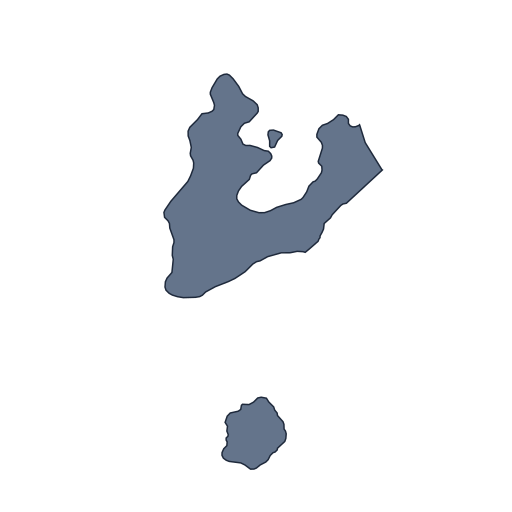 Rabaul District, East New Britain, Papua New Guinea (Albers equal-area conic projection), rotated 225°
{"feature_id": "67681753B57084390213157", "entity_name": "Rabaul District", "entity_type": "district", "adm_level": 2, "iso_a3": "PNG", "parent_name": "Papua New Guinea", "parent_adm1": "East New Britain", "projection": "albers", "projection_center": [152.151, -4.184], "detail": "fine", "context": "isolated", "style": "filled", "palette": "slate", "viewbox_px": 512, "rotation_deg": 225, "n_neighbors": 0, "source": "geoboundaries", "source_scale": "gbopen_adm2", "svg_char_len": 2974}
<svg xmlns="http://www.w3.org/2000/svg" viewBox="0 0 512 512"><g transform="rotate(225 256 256)"><path d="M275.6,422.0L275.6,421.0L277.1,417.6L279.0,415.6L281.5,414.6L284.4,415.1L287.3,418.0L290.8,418.5L294.2,417.0L297.6,414.1L297.6,407.2L299.1,400.3L301.5,395.4L301.5,390.5L299.0,385.1L297.0,383.1L290.2,382.6L287.2,381.2L285.3,379.2L278.9,366.9L277.4,366.0L273.0,366.0L270.1,363.5L268.6,361.1L267.1,353.7L267.1,350.7L268.1,348.8L268.0,342.9L265.5,337.2L264.1,330.6L264.1,328.1L267.0,320.3L271.4,313.4L275.8,305.0L277.7,298.6L277.8,298.3L278.6,296.7L280.6,292.7L280.9,292.4L284.5,288.7L292.4,284.3L302.1,281.8L306.5,281.8L310.0,282.8L312.4,285.2L314.4,289.6L315.4,295.0L314.9,305.4L316.9,309.3L316.9,311.3L314.5,315.2L315.0,325.5L313.5,333.4L313.8,334.7L314.1,336.3L315.5,337.8L318.0,338.8L321.4,338.8L324.8,336.3L331.7,333.8L338.5,329.9L339.3,329.0L341.4,326.9L344.4,325.9L345.1,326.2L349.3,327.9L354.2,328.4L355.6,329.8L358.1,336.7L358.1,341.6L355.7,346.1L356.2,357.9L356.7,359.8L359.2,362.3L362.1,363.8L367.5,363.7L376.3,361.3L380.2,361.2L388.1,363.7L397.4,365.1L402.7,365.1L405.2,364.1L407.1,361.7L408.6,357.7L408.6,353.8L406.1,344.0L404.1,339.5L402.7,338.1L394.3,334.6L391.9,333.2L389.4,329.7L389.4,327.3L390.9,323.4L394.8,318.4L393.8,311.0L393.8,300.2L392.3,296.3L388.8,292.9L384.4,290.9L378.5,287.0L375.1,282.1L373.1,280.6L368.2,279.2L365.8,277.7L362.3,273.8L358.9,266.4L356.9,260.5L354.9,234.5L352.9,224.1L351.9,221.7L348.0,218.7L343.1,218.7L340.2,217.8L336.7,214.8L334.6,213.8L325.5,209.5L323.5,207.5L321.5,203.6L315.6,197.2L312.2,195.2L303.8,184.9L303.3,177.6L301.8,173.6L301.4,173.2L298.4,169.7L295.5,168.2L291.1,168.2L287.6,169.2L282.8,171.7L277.9,175.2L269.6,184.0L267.1,187.5L266.2,190.4L266.2,194.9L263.1,205.5L261.7,208.7L257.4,218.5L255.0,225.4L252.6,237.2L252.6,248.0L251.6,252.4L249.7,255.4L247.3,263.8L240.4,276.1L234.1,282.5L230.2,288.4L225.8,292.3L223.8,293.4L223.3,298.5L223.2,300.0L222.7,307.6L222.5,310.1L222.7,310.8L223.4,312.2L223.7,314.2L224.9,315.5L226.0,319.4L227.3,322.8L230.8,327.2L230.3,335.6L231.3,339.0L231.8,351.8L231.3,354.3L229.4,357.2L227.5,406.2L228.2,406.1L259.0,413.4L275.3,421.9L275.6,422.0ZM152.5,159.8L154.4,156.8L154.4,150.9L155.9,146.0L160.7,141.6L160.7,140.1L158.3,136.7L158.8,133.7L163.2,126.8L163.1,122.4L160.2,116.5L155.8,115.5L152.8,111.6L149.4,110.1L148.4,108.7L148.4,106.2L146.9,104.7L145.0,104.2L142.5,101.3L142.5,96.9L141.0,93.0L139.1,91.0L136.1,90.0L132.7,90.5L129.7,91.8L120.5,98.9L116.1,100.4L109.2,101.4L106.8,103.9L105.8,106.3L105.3,111.2L103.4,117.2L103.4,120.6L104.9,125.0L104.9,128.9L103.9,130.9L103.9,133.9L104.9,135.3L104.5,145.2L105.9,148.1L108.9,151.6L111.3,153.0L113.8,153.5L117.2,156.7L119.7,157.9L128.0,158.4L130.0,159.9L133.9,160.3L136.8,161.8L143.7,161.8L148.1,162.8L152.5,159.8ZM332.7,357.4L335.2,354.5L335.1,352.5L333.2,350.1L327.8,347.1L323.9,343.2L321.9,343.2L319.9,346.2L322.4,353.0L322.4,358.9L323.4,360.4L325.4,360.9L332.7,357.4Z" fill="#64748b" stroke="#1e293b" stroke-width="1.5"/></g></svg>